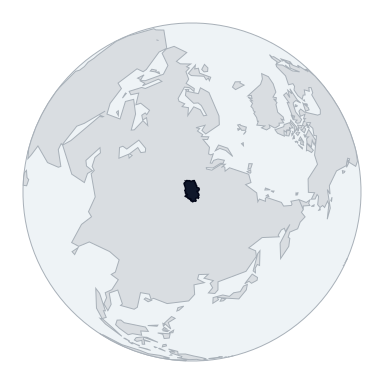 Tomsk highlighted on a globe, orthographic projection, rotated 60°
{"feature_id": "RUS-2167", "entity_name": "Tomsk", "entity_type": "Region", "adm_level": 1, "iso_a3": "RUS", "parent_name": "Russia", "parent_adm1": "", "projection": "orthographic", "projection_center": [83.174, 58.364], "detail": "fine", "context": "on_globe", "style": "filled", "palette": "ink", "viewbox_px": 384, "rotation_deg": 60, "n_neighbors": 0, "source": "natural_earth", "source_scale": "10m", "svg_char_len": 13881}
<svg xmlns="http://www.w3.org/2000/svg" viewBox="0 0 384 384"><g transform="rotate(60 192 192)"><circle cx="192" cy="192" r="169" fill="#eef3f6" stroke="#a8b0b8"/><path d="M233.6,28.2L236.3,29.0L234.7,28.5L238.3,29.5L241.5,30.7L248.1,33.3L251.6,37.4L244.6,41.2L242.0,38.9L240.6,40.3L243.9,43.4L246.3,45.1L246.0,56.3L255.2,69.9L262.9,73.5L257.5,73.5L275.1,80.3L283.2,88.5L271.2,79.7L267.7,79.2L271.7,84.9L269.0,85.6L269.4,88.9L265.8,89.5L259.1,84.6L256.7,84.9L259.6,88.9L257.9,92.2L253.9,86.2L250.5,91.4L238.7,84.9L230.8,69.5L221.3,67.4L205.6,56.1L204.1,58.1L197.2,55.5L192.9,57.0L191.2,54.7L189.3,57.9L191.6,59.7L191.6,61.7L189.3,62.9L186.7,60.1L187.5,59.1L185.5,58.9L185.2,57.1L184.1,58.6L181.2,55.3L180.6,60.3L175.5,59.0L174.5,56.4L179.1,54.5L188.3,44.7L188.7,41.9L184.8,39.7L167.7,39.7L166.4,37.8L161.2,36.7L159.9,38.6L163.4,40.1L159.7,43.7L164.5,45.5L163.7,47.3L166.8,50.2L161.5,52.2L154.6,52.6L151.7,50.3L148.6,50.5L147.4,54.8L138.2,52.9L125.6,56.1L123.8,55.5L127.3,50.2L137.3,44.5L141.8,38.7L133.9,45.0L129.5,43.9L126.7,45.0L124.0,46.7L123.8,48.1L121.2,48.4L128.1,42.0L130.5,41.6L128.3,43.6L133.0,41.0L137.6,37.2L134.9,37.2L144.6,32.2L142.9,32.3L144.0,31.4L146.2,31.5L142.5,31.3L153.5,27.5L152.9,27.6L166.2,25.0L179.7,23.5L193.3,23.0L206.9,23.7L220.3,25.4L233.6,28.2ZM328.8,92.9L327.9,91.9L327.0,90.5L328.8,92.9ZM328.3,92.6L328.5,92.9L328.3,92.6ZM329.0,93.7L328.5,92.9L329.2,94.0L329.0,93.7ZM330.1,95.4L329.4,94.5L329.6,94.6L330.1,95.4ZM331.2,97.6L331.5,98.1L330.8,97.1L331.2,97.6ZM247.9,45.8L244.2,43.4L242.3,40.5L245.6,42.3L247.9,45.8ZM251.2,52.1L248.7,51.1L250.5,49.2L251.3,50.4L251.2,52.1ZM268.9,76.1L266.5,73.3L269.8,75.8L268.9,76.1ZM270.1,89.3L271.6,89.9L271.2,91.4L270.1,89.3ZM169.5,49.0L168.2,49.6L168.3,48.7L169.5,49.0ZM172.1,49.8L173.2,48.4L174.6,48.6L173.9,49.4L172.1,49.8ZM265.3,93.6L264.1,95.9L264.2,92.7L265.3,93.6ZM170.5,51.5L177.0,49.1L179.4,49.5L178.8,53.2L170.5,51.5ZM262.6,96.7L259.7,102.7L263.0,104.5L252.2,103.1L258.2,98.3L257.8,94.0L260.1,96.6L262.6,96.7ZM193.4,59.8L190.8,57.9L195.1,58.5L193.4,59.8ZM196.2,59.7L209.5,59.0L212.3,62.6L207.3,62.0L212.5,65.9L207.3,67.9L203.2,66.2L202.5,63.5L201.0,66.4L196.2,59.7ZM246.8,101.6L245.1,102.4L245.6,100.6L246.8,101.6ZM191.9,62.6L194.4,62.1L196.9,65.1L192.5,66.7L193.1,65.2L191.9,62.6ZM216.5,66.0L217.6,68.7L213.6,71.0L213.5,72.3L207.4,68.3L216.5,66.0ZM191.3,65.1L190.1,67.5L186.8,67.1L189.7,63.4L191.3,65.1ZM199.4,65.2L200.4,66.7L198.4,66.4L199.4,65.2ZM174.5,67.6L177.4,66.7L178.9,68.1L174.5,67.6ZM189.9,68.4L191.1,68.5L192.0,69.0L190.6,70.5L189.9,68.4ZM205.1,70.3L203.2,70.7L207.4,72.0L204.6,74.0L201.0,70.9L201.4,73.1L200.5,73.7L198.5,70.6L205.1,70.3ZM191.9,73.6L186.4,70.7L180.7,71.9L179.2,70.6L188.6,68.9L191.9,73.6ZM196.0,72.1L193.1,72.7L192.6,70.7L194.3,69.0L196.0,72.1ZM204.0,76.4L209.2,74.2L209.8,74.9L204.0,76.4ZM190.4,74.4L191.8,75.1L190.0,74.7L190.4,74.4ZM199.9,76.2L201.7,75.3L202.3,76.1L199.9,76.2ZM193.0,77.3L191.2,76.3L192.3,75.1L193.0,77.3ZM196.3,77.1L196.7,78.5L193.8,75.2L196.9,76.5L196.3,77.1ZM200.2,77.1L201.2,77.4L199.4,77.4L200.2,77.1ZM190.0,82.6L186.0,78.8L188.4,76.0L191.9,80.1L190.0,82.6ZM37.2,259.7L35.1,254.0L29.3,232.5L30.3,228.3L29.6,222.5L27.6,217.0L27.2,210.0L26.4,206.0L23.6,182.4L24.9,169.3L31.5,143.4L33.5,142.3L37.7,135.4L54.9,142.0L54.3,150.5L63.1,170.4L63.4,174.2L57.8,178.0L60.7,201.6L67.1,201.4L74.3,218.6L82.0,226.7L92.8,217.8L80.3,204.4L82.6,196.2L96.3,201.9L108.0,213.7L109.3,210.9L105.7,198.8L112.3,197.1L104.9,194.2L105.0,198.7L100.4,197.1L100.1,193.0L102.4,192.5L100.0,187.9L89.5,192.0L88.4,197.0L79.7,188.7L77.2,196.3L73.4,196.1L76.3,183.3L79.0,180.7L81.2,162.8L77.5,164.7L75.3,181.8L74.3,178.5L69.4,181.6L72.3,176.7L75.7,157.9L70.4,149.6L56.9,148.5L55.3,142.9L56.9,134.7L68.6,126.8L71.1,140.2L75.2,138.0L80.5,129.1L80.8,134.1L83.3,132.3L84.8,137.1L92.6,138.4L95.0,142.8L103.5,138.3L105.9,140.0L100.2,142.1L97.4,146.1L104.0,157.2L106.9,157.9L112.0,154.2L113.1,157.9L117.2,152.9L123.7,157.4L119.1,147.9L124.9,143.7L131.8,143.9L132.9,140.9L121.7,140.7L117.9,142.2L116.0,146.2L105.1,149.4L101.6,146.7L110.0,137.3L106.0,132.6L114.3,127.6L139.6,130.6L147.4,134.7L148.6,151.1L143.6,152.6L140.7,147.3L138.3,156.4L140.9,153.6L141.9,156.8L147.7,154.0L148.7,156.2L152.6,149.9L154.4,152.3L151.9,156.2L162.0,154.5L167.3,158.6L169.2,157.2L169.6,154.5L176.0,161.7L177.1,160.4L175.4,157.5L176.4,153.0L180.7,148.1L182.7,150.8L181.4,153.0L181.7,161.8L178.0,167.4L179.3,168.0L183.0,163.9L182.6,153.0L184.6,149.3L185.5,154.3L185.3,152.2L187.0,151.2L190.5,152.9L189.8,147.4L205.0,134.0L213.3,136.2L212.4,141.9L225.1,136.4L233.4,139.9L231.8,137.2L236.8,133.0L234.3,131.8L233.9,130.2L245.7,119.8L250.0,119.7L253.3,112.7L252.5,111.4L249.5,111.0L252.2,103.1L263.0,104.5L264.3,107.4L270.1,106.5L272.2,113.4L276.7,118.9L275.6,127.4L279.2,131.3L281.1,130.5L287.5,135.4L294.0,148.6L280.4,141.3L269.0,123.4L272.9,130.8L269.6,130.2L269.5,133.6L272.5,139.0L274.4,138.9L266.5,154.1L268.8,170.8L274.7,166.3L279.9,168.4L287.7,184.9L282.8,214.4L289.8,218.5L291.3,223.0L287.6,228.3L285.3,222.0L280.2,222.0L279.4,217.8L272.7,224.7L271.4,219.0L266.9,227.4L270.3,230.8L276.7,226.6L273.4,236.7L282.0,240.9L284.7,249.3L276.2,269.3L264.9,278.4L264.6,281.1L259.2,280.0L253.4,286.9L264.5,297.0L264.6,300.7L254.5,310.6L254.1,308.2L239.8,305.3L238.1,314.2L248.9,318.2L252.7,324.2L244.8,324.2L240.8,318.8L235.8,317.5L236.5,310.2L231.1,299.7L223.0,303.2L223.0,298.4L214.3,289.0L202.4,293.1L183.9,305.9L182.4,317.3L175.6,321.5L164.8,303.9L163.2,291.4L157.3,291.5L147.9,278.3L125.8,270.2L124.5,265.9L119.9,265.7L113.6,258.8L112.3,251.7L107.6,249.5L111.6,268.1L116.8,270.4L123.7,267.6L123.7,273.2L130.0,280.5L116.5,287.2L86.7,280.6L86.9,271.1L80.3,234.4L82.2,232.1L82.3,231.7L82.4,231.0L78.6,234.0L78.5,226.8L78.7,250.9L77.4,258.9L86.2,280.8L84.7,281.1L88.4,286.6L104.3,292.8L103.7,295.4L94.3,302.4L75.1,302.4L79.4,312.4L81.1,317.5L73.1,311.9L75.9,314.8L66.5,305.1L57.8,294.7L50.0,283.6L43.1,271.9L37.2,259.7ZM44.1,145.2L42.4,146.8L44.1,145.2ZM117.2,232.5L126.2,238.4L127.6,228.0L131.2,229.5L130.4,225.5L127.7,227.2L126.4,216.7L132.3,216.6L134.0,212.4L131.0,210.3L120.5,212.1L122.2,227.0L117.8,229.0L117.2,232.5ZM129.1,44.3L128.4,44.8L125.5,46.4L126.4,45.3L129.1,44.3ZM115.6,56.0L111.8,56.2L115.1,55.2L115.6,53.6L123.2,49.6L123.3,55.1L121.9,53.2L115.6,56.0ZM133.3,46.2L128.5,47.9L133.8,45.9L133.3,46.2ZM95.4,118.2L94.0,121.5L90.7,122.3L87.7,117.4L92.5,116.2L95.4,118.2ZM92.9,126.0L102.0,118.4L104.3,121.3L101.5,120.9L102.0,123.6L97.7,123.8L90.8,134.4L87.4,135.8L83.8,125.6L86.8,128.1L88.0,124.6L92.9,126.0ZM121.5,96.0L125.5,93.4L125.1,103.1L121.4,104.5L118.2,99.5L120.7,95.0L121.5,96.0ZM168.1,58.9L169.7,57.7L170.4,58.4L169.7,60.0L168.1,58.9ZM175.7,67.0L162.1,64.8L163.2,63.3L153.9,64.2L153.2,60.6L159.2,60.1L151.7,58.2L156.9,56.4L151.5,55.6L164.9,54.8L169.3,53.3L164.7,56.3L165.3,59.6L166.8,60.5L174.4,62.2L184.0,60.8L186.1,64.0L185.0,66.7L183.0,67.5L182.3,65.1L180.2,67.9L177.6,65.1L175.7,67.0ZM171.2,99.7L171.2,95.9L166.5,102.4L163.9,99.1L163.6,100.0L159.9,98.8L154.7,99.1L154.2,97.3L152.4,98.2L150.0,97.5L147.4,98.2L145.5,95.2L142.2,95.9L143.2,94.1L137.9,96.1L141.0,93.3L138.1,92.3L136.7,95.6L133.1,78.9L129.3,74.5L124.3,72.5L130.3,68.2L138.8,67.6L147.4,69.4L150.3,74.4L152.5,71.8L154.5,73.4L152.0,74.8L157.1,73.7L158.1,75.5L165.8,77.9L172.7,75.5L175.7,76.4L173.5,78.3L178.0,78.0L175.9,82.2L178.0,83.1L178.1,88.2L172.6,91.6L175.4,92.3L175.5,96.4L171.2,99.7ZM189.8,84.1L183.9,88.5L179.6,89.0L181.3,79.9L179.7,78.5L180.7,73.0L187.0,72.5L186.1,74.1L186.7,75.5L184.5,75.1L186.8,76.5L185.6,78.9L187.1,80.7L184.8,81.6L189.8,84.1ZM66.6,174.9L67.4,177.2L69.2,180.1L66.2,182.2L66.6,174.9ZM68.7,162.0L69.8,163.5L66.4,167.7L65.6,165.4L68.7,162.0ZM73.4,160.9L70.2,163.3L71.4,160.6L73.4,160.9ZM101.5,143.4L103.0,144.8L102.1,146.0L99.9,146.5L101.5,143.4ZM156.8,119.0L157.4,116.6L158.6,116.6L163.0,112.5L165.3,114.7L163.5,118.1L156.8,119.0ZM89.0,217.6L85.1,217.5L84.7,215.2L86.1,215.7L89.0,217.6ZM73.8,199.6L75.9,205.3L73.0,200.1L73.8,199.6ZM160.0,120.8L161.5,118.8L161.7,121.2L160.0,120.8ZM167.2,116.2L167.9,118.7L166.1,114.6L167.2,116.2ZM103.9,332.1L101.8,334.8L95.3,330.6L91.5,327.5L90.5,324.5L97.1,327.7L99.6,327.2L103.9,332.1ZM289.4,321.8L293.5,319.6L293.3,320.0L289.4,321.8ZM285.2,323.1L290.1,320.5L284.3,324.3L285.2,323.1ZM291.9,319.5L296.8,315.9L298.9,314.0L298.4,314.9L291.9,319.5ZM281.9,324.9L263.0,333.0L255.4,334.8L257.3,332.9L269.7,328.7L281.9,324.9ZM256.7,333.1L244.8,332.8L227.3,323.5L233.6,322.7L251.6,326.4L250.5,328.0L257.7,329.0L256.7,333.1ZM284.9,314.4L283.7,318.6L273.5,323.1L268.7,324.5L265.5,320.9L267.3,317.6L271.3,316.1L285.7,299.8L290.9,299.5L286.7,305.9L290.9,307.2L284.9,314.4ZM183.2,318.4L187.5,324.9L183.7,325.7L183.2,318.4ZM290.8,289.4L285.5,297.1L290.2,288.1L290.8,289.4ZM293.2,281.7L293.9,283.9L291.2,282.9L293.2,281.7ZM265.1,284.9L260.9,287.0L260.5,285.1L265.6,281.3L265.1,284.9ZM286.7,256.2L287.9,262.2L287.5,264.6L285.1,262.0L286.7,256.2ZM181.6,139.0L172.9,142.0L168.2,146.1L167.9,151.2L164.6,145.5L171.9,139.2L181.6,139.0ZM201.9,134.2L202.1,130.1L204.5,131.2L204.8,132.3L201.9,134.2ZM200.3,132.2L195.9,128.5L197.7,125.7L200.8,129.2L200.3,132.2ZM177.7,124.3L174.9,125.0L174.9,123.0L177.7,124.3ZM268.6,342.6L268.2,342.7L270.1,341.7L271.4,340.3L289.2,329.0L302.7,316.6L310.3,310.6L317.5,301.4L324.6,294.3L321.2,299.9L327.0,293.5L334.8,280.5L335.1,281.8L327.8,292.6L319.6,302.7L310.7,312.2L301.1,321.0L290.8,329.1L280.0,336.3L268.6,342.6ZM299.5,315.7L305.5,309.4L308.5,307.0L299.5,315.7ZM354.5,238.4L353.9,240.3L354.0,239.8L354.5,238.2L354.5,238.4ZM353.4,241.8L352.7,243.4L352.8,243.1L353.4,241.8ZM342.6,265.5L345.5,262.4L342.4,268.0L339.3,271.6L335.6,278.5L328.0,287.7L330.1,284.1L329.4,283.0L320.7,290.9L319.0,291.0L322.3,286.8L316.2,290.9L322.9,284.1L325.4,285.1L329.1,278.6L334.9,272.5L340.0,266.7L343.6,263.0L342.6,265.5ZM322.4,291.6L323.5,290.5L322.4,292.4L322.4,291.6ZM351.4,245.8L352.4,244.2L352.2,245.0L351.6,246.3L351.4,245.8ZM344.5,261.0L348.6,251.3L349.5,249.7L346.7,257.5L344.5,261.0ZM347.9,251.3L349.6,248.3L350.2,248.1L349.9,249.2L347.9,251.3ZM308.8,300.5L308.5,301.6L306.7,302.3L308.8,300.5ZM311.2,298.1L316.6,294.6L310.7,299.3L311.2,298.1ZM293.7,306.5L295.4,307.9L301.0,302.9L296.7,307.7L300.2,309.1L298.9,311.2L295.4,309.6L293.8,314.5L291.3,315.9L290.2,313.2L292.9,307.2L295.3,303.7L305.2,296.6L293.7,306.5ZM311.3,295.2L309.8,293.5L310.9,290.7L312.5,291.0L311.3,295.2ZM305.0,289.4L300.6,288.4L296.9,292.2L303.9,281.9L307.1,284.7L305.0,289.4ZM300.6,283.3L297.3,286.9L300.5,281.4L300.6,283.3ZM296.2,286.1L295.4,283.6L298.3,282.2L296.2,286.1ZM302.5,282.3L302.5,277.0L304.3,278.9L302.5,282.3ZM293.2,277.8L300.0,278.9L291.8,281.6L289.6,272.0L293.0,269.8L293.2,277.8ZM300.7,222.2L298.8,219.4L301.4,216.4L301.9,219.2L300.7,222.2ZM308.0,204.9L301.5,214.7L295.9,222.8L298.5,222.8L298.8,229.6L294.0,226.5L296.6,216.8L301.1,211.8L300.1,206.3L302.4,200.0L299.3,194.4L299.7,190.3L303.9,193.9L308.0,204.9ZM297.8,192.2L293.2,180.9L298.8,178.0L301.0,179.8L300.8,186.1L297.8,187.3L297.8,192.2ZM293.7,177.4L290.9,178.5L278.1,165.8L276.8,162.5L289.4,170.2L287.4,171.7L289.6,175.4L293.7,177.4ZM246.5,103.6L245.2,102.5L247.1,102.7L246.5,103.6ZM232.4,129.7L232.2,127.5L234.4,127.7L232.4,129.7ZM232.9,121.7L230.5,123.1L232.2,120.5L232.9,121.7ZM225.3,126.4L229.2,123.1L226.7,127.9L225.3,126.4Z" fill="#d9dde1" stroke="#a8b0b8" stroke-width="1"/><path d="M192.5,184.1L192.6,184.3L193.0,184.6L193.6,184.6L193.7,184.8L194.2,185.8L194.3,185.9L194.3,186.0L194.2,186.4L194.1,186.5L194.1,187.0L194.0,187.3L195.4,187.4L196.1,187.2L197.1,187.2L197.8,187.4L197.9,187.8L198.0,187.9L198.4,187.9L198.5,187.9L198.5,188.0L199.1,189.0L200.1,188.9L200.2,189.1L200.6,189.7L199.9,190.1L199.3,191.3L199.5,192.0L199.6,192.3L199.8,192.5L200.6,192.6L200.9,192.8L201.6,192.8L201.7,193.0L201.8,193.6L201.7,193.7L201.6,193.8L201.4,193.8L201.4,194.0L201.2,194.2L201.2,194.3L201.0,194.7L200.9,195.0L200.7,195.0L200.6,195.3L200.8,195.4L200.9,195.5L200.8,196.0L200.7,196.3L200.5,196.2L200.4,196.2L200.3,196.3L200.0,196.6L199.9,196.7L199.8,196.8L199.5,197.1L199.2,196.8L198.8,196.9L198.7,196.9L198.4,196.8L198.5,197.0L198.4,197.2L198.2,197.1L197.9,197.0L197.7,197.0L197.4,197.2L197.2,197.2L196.9,197.0L196.8,197.3L196.7,197.4L196.6,197.5L196.4,197.6L196.3,197.8L196.0,197.9L195.9,198.0L196.1,198.1L195.6,198.3L195.4,198.2L195.2,198.3L195.2,198.5L194.9,198.4L194.1,198.8L194.0,199.0L193.9,199.0L193.9,198.9L193.7,198.8L193.4,198.9L193.2,199.1L193.1,199.3L192.9,199.5L192.8,199.8L192.7,199.9L192.4,199.9L192.4,199.7L192.3,199.8L192.2,199.9L192.1,199.7L192.2,199.4L192.3,199.4L192.4,199.2L192.2,199.0L192.1,198.9L192.2,198.7L191.9,198.6L192.0,198.5L191.9,198.4L192.0,198.4L191.9,198.3L191.9,198.1L192.0,198.1L191.9,198.1L192.0,198.0L192.0,197.9L192.1,197.7L191.9,197.3L191.7,197.5L191.6,197.4L191.4,197.4L191.4,197.5L191.3,197.8L191.2,197.7L191.0,197.8L190.9,197.8L190.7,197.9L190.3,198.0L190.1,197.9L190.0,198.0L189.4,198.2L189.1,197.8L188.8,197.4L188.7,197.4L187.6,197.5L187.3,197.6L187.2,197.5L186.2,196.1L184.4,195.4L182.0,195.0L181.9,195.0L181.8,194.9L180.8,194.7L180.7,194.6L180.6,194.3L180.6,194.2L180.4,194.2L180.3,193.6L180.2,193.5L180.1,193.4L180.1,192.7L179.5,192.0L179.4,192.0L179.5,191.9L179.7,191.7L179.5,191.3L179.9,191.0L179.9,190.9L179.6,190.6L179.8,190.3L180.1,190.1L180.6,189.5L180.6,189.4L180.6,188.9L180.9,188.7L181.0,188.7L181.1,188.4L181.3,188.3L181.5,188.0L182.0,188.0L182.3,187.9L182.3,187.7L182.5,187.5L182.5,187.4L182.5,186.9L182.6,186.5L182.5,186.4L182.6,186.2L182.8,186.0L182.8,185.9L182.7,185.8L182.7,185.7L182.7,185.4L182.8,185.3L183.1,185.2L183.1,184.9L183.1,184.7L183.3,184.3L183.5,184.3L183.9,184.4L184.1,184.4L184.2,184.5L184.3,184.5L184.5,184.7L184.8,184.5L185.2,184.6L185.6,184.5L185.9,184.7L186.0,184.6L186.3,184.5L186.4,184.9L186.5,185.1L187.2,185.0L187.7,185.1L188.0,184.8L188.3,184.8L188.5,184.8L188.9,184.9L188.9,185.1L189.0,185.2L189.1,185.3L189.6,185.3L190.1,185.3L190.5,185.6L190.8,185.4L190.9,185.1L192.0,184.1L192.5,184.1Z" fill="#0f172a" stroke="#020617" stroke-width="1.5"/></g></svg>